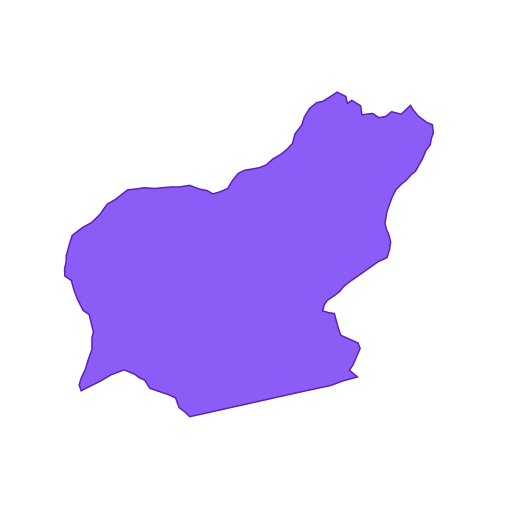 outline of Guaraci, Paraná, Brazil, rotated 168°
{"feature_id": "56859067B97135919226715", "entity_name": "Guaraci", "entity_type": "district", "adm_level": 2, "iso_a3": "BRA", "parent_name": "Brazil", "parent_adm1": "Paraná", "projection": "albers", "projection_center": [-51.689, -22.96], "detail": "fine", "context": "isolated", "style": "filled", "palette": "violet", "viewbox_px": 512, "rotation_deg": 168, "n_neighbors": 0, "source": "geoboundaries", "source_scale": "gbopen_adm2", "svg_char_len": 1679}
<svg xmlns="http://www.w3.org/2000/svg" viewBox="0 0 512 512"><g transform="rotate(168 256 256)"><path d="M181.9,116.6L188.4,124.8L183.4,129.8L177.5,138.2L173.4,143.8L174.2,149.6L189.5,160.8L190.6,169.5L191.3,183.4L196.5,185.4L202.2,188.4L199.4,194.0L195.6,197.7L186.4,201.5L181.4,204.0L177.1,207.6L171.1,210.8L156.4,217.0L137.9,225.0L128.2,227.2L124.1,234.4L121.4,241.6L121.6,248.8L122.9,255.0L123.0,261.3L118.7,272.2L114.1,279.7L110.6,285.3L105.4,291.7L99.4,295.7L93.1,299.1L87.2,303.3L82.4,305.7L73.2,316.1L67.6,324.2L62.4,328.6L60.2,334.2L56.9,339.5L56.2,347.9L61.0,350.9L68.0,358.9L71.7,365.9L73.7,371.2L84.5,364.5L93.3,368.9L100.3,365.5L107.1,365.8L112.3,371.2L123.1,372.1L122.4,381.1L129.9,388.4L134.9,386.2L134.9,393.3L142.6,399.4L149.2,396.8L158.4,393.4L164.8,393.4L172.9,389.2L180.0,381.7L183.8,374.8L192.5,367.3L196.8,358.6L203.1,354.2L210.1,350.4L219.3,347.4L227.0,343.0L234.2,341.7L242.5,341.9L249.1,342.3L256.4,340.4L263.8,334.2L269.7,327.9L277.2,326.4L285.2,325.7L290.1,330.1L297.9,333.5L306.2,338.9L316.9,339.5L324.4,341.1L333.6,342.3L340.5,343.0L351.7,346.1L358.4,346.4L367.9,347.4L381.9,340.5L390.7,337.7L395.3,333.6L399.4,329.5L409.9,322.9L419.8,319.9L431.4,314.5L435.9,306.6L441.7,295.5L442.8,290.0L446.0,283.2L447.1,276.0L441.7,270.4L441.2,261.0L439.7,251.2L436.5,238.8L431.4,233.4L431.1,224.0L430.8,215.6L433.5,210.0L435.9,198.7L440.7,191.1L446.6,180.5L452.1,173.3L455.8,166.7L455.1,160.5L449.2,162.1L433.5,166.2L422.5,169.9L408.9,172.1L399.1,165.5L395.4,161.1L390.7,157.7L387.3,148.6L370.0,138.3L364.2,133.9L362.7,123.6L358.2,118.5L354.2,112.6L236.4,113.8L209.7,113.8L197.8,115.7L181.9,116.6Z" fill="#8b5cf6" stroke="#5b21b6" stroke-width="1.5"/></g></svg>